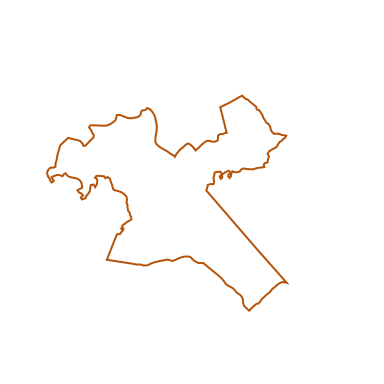 Cajari, Maranhão, Brazil, rotated 220°
{"feature_id": "56859067B3891057175323", "entity_name": "Cajari", "entity_type": "district", "adm_level": 2, "iso_a3": "BRA", "parent_name": "Brazil", "parent_adm1": "Maranhão", "projection": "albers", "projection_center": [-45.03, -3.406], "detail": "fine", "context": "isolated", "style": "outline", "palette": "amber", "viewbox_px": 384, "rotation_deg": 220, "n_neighbors": 0, "source": "geoboundaries", "source_scale": "gbopen_adm2", "svg_char_len": 3922}
<svg xmlns="http://www.w3.org/2000/svg" viewBox="0 0 384 384"><g transform="rotate(220 192 192)"><path d="M315.4,113.5L312.4,111.4L309.3,110.5L307.5,109.4L305.6,109.0L305.0,111.7L307.2,112.3L309.1,113.0L308.2,115.2L306.2,118.5L303.9,120.0L301.3,120.8L301.6,123.4L300.8,125.1L299.1,124.6L297.0,124.4L294.1,125.5L288.5,128.5L286.2,128.8L283.8,128.5L281.6,127.3L278.9,124.8L280.0,121.9L280.8,119.7L278.4,118.9L276.1,119.7L273.2,119.4L273.7,116.4L271.5,115.6L269.6,118.9L270.5,121.5L270.3,123.9L270.8,126.9L272.0,128.8L274.0,132.3L272.1,134.5L269.3,133.5L269.8,136.6L271.6,139.7L273.4,141.0L275.4,140.5L275.6,142.8L273.6,144.7L271.8,145.8L269.6,147.5L267.2,146.9L266.2,149.3L263.6,149.5L260.4,147.4L258.3,146.3L256.2,145.0L254.5,143.6L252.6,143.5L249.2,145.3L244.9,146.7L242.2,146.7L238.9,146.2L236.8,144.2L235.1,141.5L233.0,140.6L231.9,139.1L229.0,136.7L226.3,136.0L224.8,134.5L222.8,133.9L220.8,132.0L221.8,129.0L222.7,127.0L222.9,124.9L223.7,122.5L223.3,120.2L221.4,119.9L222.4,118.4L220.3,118.4L220.4,116.4L220.2,113.5L222.3,111.3L213.7,85.3L192.0,98.5L188.0,100.7L184.7,103.5L181.8,104.6L179.1,107.1L178.0,109.4L177.2,111.4L176.2,113.1L174.7,115.1L173.2,117.2L172.1,118.8L170.1,121.0L167.1,124.8L165.0,125.5L162.3,126.8L161.6,128.5L160.5,130.4L159.5,133.0L156.5,137.5L153.5,140.1L151.7,141.1L147.6,140.8L145.5,140.8L141.5,141.7L137.7,144.8L134.3,144.9L128.9,144.8L121.0,145.0L115.2,145.0L110.5,144.3L106.9,143.3L104.8,143.4L98.7,144.6L92.9,143.7L89.5,144.1L87.0,143.9L83.8,142.4L82.2,140.5L79.2,138.3L71.9,137.8L71.7,141.4L70.7,147.9L69.4,149.3L69.3,152.1L69.7,154.4L69.2,158.1L68.9,161.4L68.2,164.2L68.1,167.1L68.1,169.7L67.5,172.2L67.1,175.3L66.3,178.4L64.8,181.3L61.0,183.3L74.8,185.4L104.0,189.7L182.1,202.4L183.1,205.3L184.5,207.4L182.9,210.0L180.6,211.8L181.5,213.9L183.2,215.5L184.8,216.7L185.8,219.3L187.2,221.5L185.0,224.3L183.1,225.8L180.4,224.8L179.5,226.7L179.1,228.7L177.4,232.0L173.7,231.3L174.4,233.8L172.4,234.5L170.6,235.6L168.6,238.4L168.8,240.9L168.0,242.9L165.7,244.3L163.7,245.6L161.7,247.1L159.7,248.8L158.2,251.1L156.5,253.4L154.6,255.4L152.6,257.7L154.5,258.9L154.8,261.0L153.2,263.0L154.9,266.3L155.7,268.6L158.7,269.9L159.0,272.9L158.1,275.8L156.5,279.7L156.3,281.6L157.1,286.4L156.2,288.9L156.4,290.8L155.5,292.8L156.0,295.7L158.3,294.4L160.1,293.3L162.4,292.7L164.0,291.7L165.4,290.3L167.0,289.1L170.0,289.7L171.8,290.4L173.2,291.7L175.1,292.6L177.2,293.3L179.8,292.9L181.9,293.8L185.1,294.7L188.0,296.4L193.1,297.8L195.5,296.9L197.7,298.6L202.5,298.5L206.0,298.4L208.8,298.7L210.4,297.8L213.0,297.8L215.6,298.0L220.6,284.7L224.9,275.2L222.9,273.7L220.9,272.3L203.5,259.6L204.8,258.2L205.5,256.3L207.3,254.9L208.4,252.2L206.8,250.1L205.4,248.0L206.6,245.5L208.8,243.6L212.1,242.1L213.8,240.1L214.7,236.5L215.1,232.9L215.3,230.4L216.0,226.1L218.1,226.7L220.7,227.2L222.6,227.2L225.4,227.1L226.7,225.8L227.2,223.8L227.6,220.7L228.2,217.5L228.4,215.5L228.4,211.4L227.7,207.9L229.5,208.2L232.4,207.5L234.6,207.4L238.0,207.1L243.2,206.1L246.5,205.7L248.4,205.7L250.2,205.9L252.2,206.8L254.2,209.2L256.4,212.3L258.1,215.7L259.6,217.7L260.9,219.3L262.8,221.3L264.3,222.4L266.1,223.8L268.2,225.4L270.4,226.7L273.1,227.7L274.9,228.1L277.0,228.4L280.2,227.6L280.5,224.7L282.7,222.2L282.3,220.2L280.9,217.8L281.7,214.5L283.7,212.1L286.3,209.1L288.7,207.4L291.6,206.5L293.7,205.7L296.4,204.9L299.1,202.6L297.3,199.5L296.8,196.8L297.3,194.9L298.0,192.2L299.2,189.4L301.0,187.0L303.5,185.0L306.5,182.8L312.7,177.8L312.4,175.3L308.9,174.5L306.4,173.2L303.9,172.5L302.5,170.4L303.1,165.3L303.2,161.7L303.4,159.2L304.8,157.5L306.5,158.6L310.6,159.2L313.3,158.1L315.9,156.6L319.2,155.0L321.6,154.0L323.0,143.0L320.4,137.3L318.7,133.5L316.9,130.6L314.7,125.9L312.8,123.6L314.2,121.1L316.1,119.7L316.4,116.4L315.4,113.5ZM173.7,231.3L175.4,229.0L174.2,227.2L172.3,226.9L172.2,228.8L173.7,231.3ZM180.4,224.8L180.8,221.8L178.5,220.6L178.0,222.4L180.4,224.8Z" fill="none" stroke="#b45309" stroke-width="2"/></g></svg>